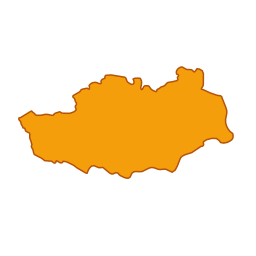 the border of Nan, rotated 69°
{"feature_id": "THA-393", "entity_name": "Nan", "entity_type": "Province", "adm_level": 1, "iso_a3": "THA", "parent_name": "Thailand", "parent_adm1": "", "projection": "mercator", "projection_center": [100.668, 18.812], "detail": "fine", "context": "isolated", "style": "filled", "palette": "amber", "viewbox_px": 256, "rotation_deg": 69, "n_neighbors": 0, "source": "natural_earth", "source_scale": "10m", "svg_char_len": 4812}
<svg xmlns="http://www.w3.org/2000/svg" viewBox="0 0 256 256"><g transform="rotate(69 128 128)"><path d="M133.0,29.3L133.6,29.4L144.0,29.3L147.3,29.6L149.8,30.6L154.9,33.8L158.2,35.0L161.5,35.3L164.8,34.9L167.6,34.1L169.0,33.3L170.0,32.6L171.2,32.2L173.2,32.8L174.8,33.6L175.7,34.6L176.3,35.8L176.7,37.5L177.0,40.5L176.4,44.0L174.8,46.7L172.1,47.5L169.5,49.2L167.7,53.6L167.1,58.6L167.8,62.3L168.6,62.9L170.5,63.3L171.2,63.8L171.6,64.8L171.6,65.5L171.4,66.1L171.4,66.9L173.8,77.2L173.4,84.5L173.7,87.4L174.5,89.3L175.9,90.8L181.0,95.4L184.1,98.9L185.1,102.6L180.1,107.4L179.3,109.2L178.2,113.2L177.0,115.0L174.2,118.3L173.2,120.5L173.0,122.9L173.7,130.3L173.1,132.4L171.4,136.4L171.0,138.4L171.6,140.6L174.4,143.4L175.0,145.3L174.4,147.2L172.9,149.2L169.6,152.3L168.6,152.9L166.6,153.6L165.8,154.4L165.4,155.6L165.5,158.4L165.1,159.7L163.6,161.2L156.1,165.4L155.6,166.0L155.4,167.2L154.5,169.6L151.1,173.1L150.5,175.6L151.3,177.7L152.9,179.9L155.6,182.5L154.9,183.5L147.5,189.5L143.1,192.3L137.6,197.4L136.1,199.9L135.9,200.2L135.9,200.6L136.1,200.9L136.4,201.1L136.7,201.5L136.8,202.0L136.5,203.1L136.2,203.7L135.6,204.3L133.6,205.8L133.1,206.3L133.0,206.8L133.3,207.1L134.0,207.5L134.3,207.8L134.5,208.2L134.5,209.0L134.3,209.4L134.0,209.7L132.0,211.0L131.5,211.4L131.2,211.9L130.7,213.3L129.3,216.0L128.9,217.0L128.6,217.5L128.2,217.8L127.8,218.0L127.4,218.1L124.8,219.9L120.0,224.2L119.1,224.9L118.6,225.0L116.5,224.9L114.6,224.6L114.1,224.5L111.7,224.9L110.7,224.9L110.3,224.7L109.6,224.1L109.3,223.9L109.0,223.7L108.6,223.6L106.7,223.5L105.9,223.3L105.5,223.3L103.7,223.4L103.3,223.3L101.9,223.3L98.6,221.9L97.6,221.8L97.1,222.1L96.1,223.1L94.5,224.4L94.0,224.6L93.3,224.6L91.8,224.5L91.3,224.6L90.8,225.0L90.4,225.9L87.8,226.0L86.4,226.3L85.9,226.3L84.1,226.0L83.5,226.0L83.0,226.2L82.2,226.5L81.6,226.7L81.1,226.7L80.6,226.7L80.2,226.6L79.6,226.2L79.8,224.7L77.7,213.4L77.6,212.0L77.9,211.8L78.3,211.6L79.1,211.3L79.8,210.9L80.8,210.2L81.2,210.0L82.5,209.7L83.1,209.1L83.7,208.0L84.7,205.3L85.1,203.7L85.5,201.0L85.6,200.3L86.6,198.0L87.0,197.3L88.1,195.8L89.0,194.2L89.2,193.6L89.2,193.0L89.0,192.7L88.3,191.7L88.2,191.1L88.1,190.2L88.3,187.5L88.3,186.5L88.4,186.0L88.6,185.7L89.3,185.2L90.3,184.4L90.5,184.1L90.8,183.6L93.0,178.2L93.4,176.8L93.5,175.7L93.5,174.7L93.5,173.0L93.4,172.1L93.2,171.5L92.7,170.3L92.5,170.0L92.2,169.8L91.7,169.7L89.7,169.7L89.4,169.6L89.2,169.6L88.9,169.4L88.7,169.3L88.5,169.1L88.1,168.5L87.9,168.1L87.7,167.8L87.4,167.6L86.9,167.4L86.4,167.3L85.5,167.4L84.1,167.6L83.6,167.6L82.2,167.4L81.7,167.4L81.3,167.5L80.8,167.6L79.7,168.2L79.4,168.3L78.9,168.2L78.6,168.1L78.3,167.8L78.1,167.5L78.0,167.1L77.0,160.6L76.9,160.1L76.7,159.8L75.6,158.3L75.4,157.5L75.4,156.8L76.0,152.8L76.1,152.3L76.3,151.9L76.5,151.6L77.3,151.1L77.6,150.7L77.7,150.3L77.5,150.0L77.2,149.8L76.8,149.6L76.3,149.4L74.9,149.2L74.5,149.1L74.1,148.6L73.7,147.9L73.3,146.5L73.1,145.4L73.1,144.6L73.2,144.1L73.4,143.1L73.6,142.3L74.0,141.5L74.5,140.8L75.3,140.0L75.6,139.7L76.3,138.8L76.7,137.8L76.7,137.2L76.4,136.9L76.0,136.7L75.0,136.6L74.4,136.3L74.0,135.9L73.4,134.8L73.3,133.9L73.3,132.7L73.3,132.0L73.0,131.6L72.2,131.3L71.6,131.0L71.0,130.3L70.9,129.7L71.0,129.2L71.5,127.9L72.4,124.8L79.3,113.0L79.9,112.5L80.3,112.3L80.7,112.2L81.2,112.1L83.8,112.2L84.6,112.0L85.6,111.5L87.5,110.1L88.2,109.4L88.7,108.9L88.8,108.2L88.8,107.8L88.8,107.3L88.6,106.9L88.4,106.6L88.1,106.3L87.3,105.9L86.8,105.8L85.8,105.7L84.2,105.7L84.0,105.1L84.0,103.9L85.0,100.9L85.6,99.6L86.1,98.8L86.5,98.7L87.0,98.6L88.1,98.6L88.8,98.6L89.6,98.8L90.4,99.0L91.3,99.4L93.4,100.6L94.4,101.4L94.7,101.5L95.2,101.7L95.7,101.8L96.2,101.8L96.9,101.6L97.1,101.2L97.0,100.8L95.2,98.6L95.0,98.3L94.8,97.9L94.7,97.5L94.7,97.1L94.9,96.4L95.2,95.5L96.0,93.9L96.6,93.4L97.1,93.2L97.5,93.2L98.0,93.1L99.2,92.7L99.7,92.6L100.1,92.5L100.8,92.1L101.7,91.4L103.3,89.9L103.9,89.0L104.1,88.4L103.9,88.1L103.5,87.8L103.2,87.6L102.9,87.4L102.6,87.1L102.4,86.2L102.3,84.7L102.2,84.2L102.0,83.8L101.8,83.4L101.7,83.0L101.6,82.6L101.6,82.1L101.7,80.6L101.7,79.6L101.6,79.1L101.5,78.6L101.4,78.2L100.6,76.8L100.1,75.6L99.9,74.8L99.8,74.2L100.8,69.6L101.0,67.5L101.3,66.0L101.3,65.6L101.2,65.1L100.9,64.4L100.6,64.1L100.2,63.9L99.8,63.9L98.9,63.9L98.5,63.7L98.2,63.5L97.6,62.4L97.3,62.1L96.9,62.0L96.5,62.0L96.1,62.1L95.8,62.4L95.6,62.8L95.3,63.1L95.0,63.2L94.5,63.2L93.5,63.0L92.8,62.7L92.2,62.2L91.8,61.9L90.9,60.6L90.4,59.4L90.3,58.9L90.1,57.1L90.2,56.4L90.3,55.9L90.8,55.2L94.0,52.7L94.8,51.3L95.6,49.3L96.1,48.5L96.4,47.8L97.1,47.3L97.8,46.9L98.3,46.8L98.7,46.6L99.2,46.3L99.4,45.8L99.3,45.4L99.1,45.1L98.6,44.1L97.4,42.3L98.7,40.1L101.1,38.2L104.2,38.1L113.7,41.8L115.4,42.7L116.4,43.9L117.3,45.2L118.2,45.5L119.3,43.9L124.6,38.8L129.4,33.1L130.8,30.6L131.2,30.0L132.4,29.3L133.0,29.3Z" fill="#f59e0b" stroke="#b45309" stroke-width="1.5"/></g></svg>